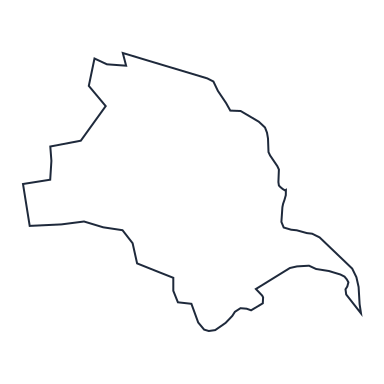 SVG path tracing the border of Jekabpils
{"feature_id": "LVA-5725", "entity_name": "Jekabpils", "entity_type": "Municipality", "adm_level": 1, "iso_a3": "LVA", "parent_name": "Latvia", "parent_adm1": "", "projection": "robinson", "projection_center": [26.096, 56.281], "detail": "fine", "context": "isolated", "style": "outline", "palette": "slate", "viewbox_px": 384, "rotation_deg": 0, "n_neighbors": 0, "source": "natural_earth", "source_scale": "10m", "svg_char_len": 1164}
<svg xmlns="http://www.w3.org/2000/svg" viewBox="0 0 384 384"><path d="M230.3,110.6L240.6,111.0L258.8,121.7L265.0,127.5L267.0,132.7L268.0,138.5L268.5,152.1L270.1,155.5L277.3,166.1L278.9,169.5L278.4,182.1L278.9,185.5L280.3,187.0L282.7,189.0L285.0,190.4L285.9,189.9L285.8,195.2L284.5,199.8L283.1,203.8L282.4,207.2L281.4,221.9L283.7,227.5L291.1,229.7L296.8,230.3L306.9,233.1L312.1,233.7L319.6,237.4L338.2,255.2L352.2,268.6L356.4,277.2L358.6,287.0L359.6,304.1L361.0,313.4L346.2,294.5L345.5,289.3L347.3,286.5L348.4,282.3L346.8,279.4L344.5,276.6L340.4,274.5L328.8,271.0L316.1,269.0L309.0,265.7L297.0,266.4L289.9,268.0L255.9,289.0L262.2,295.6L263.1,297.4L262.8,303.3L251.1,310.3L246.6,308.7L240.5,308.2L234.9,311.8L232.3,315.9L225.6,322.9L215.2,330.1L208.8,331.0L204.1,329.6L198.2,322.5L191.4,303.8L177.9,302.3L173.3,290.8L173.3,277.8L158.6,272.0L137.1,263.4L132.6,243.2L122.5,230.2L103.2,227.3L84.0,221.5L61.4,224.4L29.7,225.9L23.0,184.0L50.2,179.7L51.4,160.9L50.3,146.5L80.8,140.7L105.7,106.1L88.8,85.9L94.5,58.5L106.9,64.3L126.1,65.7L122.8,53.0L147.7,60.5L207.3,78.4L213.4,81.5L217.9,90.9L226.1,103.1L230.3,110.6Z" fill="none" stroke="#1e293b" stroke-width="2"/></svg>